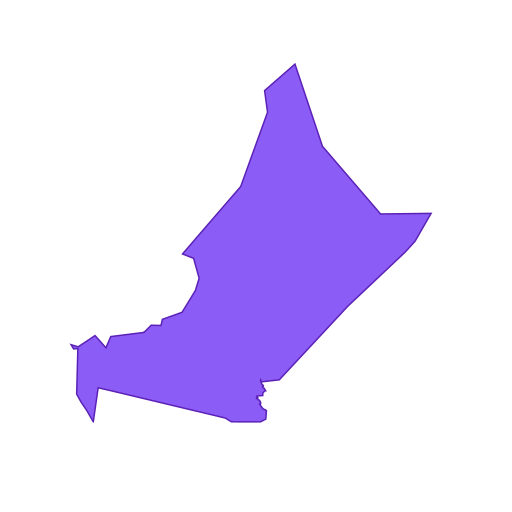 Jones, North Carolina, United States of America (orthographic projection), rotated 102°
{"feature_id": "52423323B45605902717918", "entity_name": "Jones", "entity_type": "district", "adm_level": 2, "iso_a3": "USA", "parent_name": "United States of America", "parent_adm1": "North Carolina", "projection": "orthographic", "projection_center": [-77.17, 35.012], "detail": "fine", "context": "isolated", "style": "filled", "palette": "violet", "viewbox_px": 512, "rotation_deg": 102, "n_neighbors": 0, "source": "geoboundaries", "source_scale": "gbopen_adm2", "svg_char_len": 2193}
<svg xmlns="http://www.w3.org/2000/svg" viewBox="0 0 512 512"><g transform="rotate(102 256 256)"><path d="M60.2,257.8L91.5,281.3L92.4,282.0L113.0,274.6L191.2,285.4L234.3,309.1L247.2,316.2L249.4,317.4L269.3,328.3L271.3,316.5L289.6,307.0L302.3,308.1L326.4,316.6L337.4,334.4L343.7,334.5L345.5,344.1L354.0,349.7L354.0,349.9L353.9,350.0L354.2,350.3L354.3,350.4L365.0,381.3L377.0,383.7L367.3,396.9L381.8,411.1L381.2,418.4L384.8,415.1L383.7,411.0L428.4,402.7L435.3,396.7L442.2,389.5L451.7,381.0L451.8,380.7L417.7,383.0L418.0,367.5L418.2,358.8L420.9,252.4L423.3,245.6L417.3,217.1L413.5,212.5L405.2,213.6L405.0,213.8L405.0,214.0L404.9,214.2L404.9,214.3L404.9,214.5L404.8,214.8L404.7,214.8L404.6,215.0L404.5,215.3L404.4,215.3L404.4,215.5L404.3,215.8L404.3,216.0L404.3,216.3L404.3,216.5L404.2,216.9L404.2,217.0L404.1,217.3L403.9,217.4L403.8,217.5L403.7,217.7L403.6,217.8L403.3,218.1L403.1,218.4L403.1,218.5L402.9,218.6L402.8,218.8L402.7,218.9L402.6,219.0L402.4,219.3L402.2,219.5L402.0,219.8L401.9,219.9L401.7,220.1L401.3,220.3L401.1,220.4L401.1,220.5L400.9,220.7L400.8,220.9L400.7,221.0L400.6,221.3L400.5,221.5L400.4,221.5L400.2,221.5L399.9,221.6L399.9,221.4L399.7,221.3L399.6,221.2L399.4,221.1L399.5,221.0L399.6,220.9L399.3,220.8L399.2,220.9L398.9,220.9L398.7,220.9L398.6,221.0L398.4,221.0L398.2,221.1L398.0,221.3L397.9,221.3L397.7,221.4L397.7,221.5L397.4,221.7L397.3,221.8L397.2,221.9L397.0,222.0L396.9,222.1L396.7,222.3L396.5,222.5L396.4,222.7L396.4,222.8L396.3,223.0L396.2,223.2L396.2,223.3L396.3,223.4L396.2,223.5L396.2,223.8L396.1,224.0L396.0,224.3L395.9,224.4L395.9,224.5L395.7,224.6L395.6,224.8L395.4,224.9L395.2,224.9L394.9,224.9L394.7,224.8L394.5,224.7L394.4,224.6L394.2,224.7L394.1,224.8L394.1,225.0L394.0,225.3L394.2,225.5L394.3,225.5L394.5,225.7L394.7,225.8L394.8,225.9L394.8,226.0L392.7,226.0L391.1,220.4L388.8,220.8L387.8,220.4L386.1,219.2L385.8,218.5L384.3,220.1L383.7,220.3L383.4,221.8L382.4,222.4L381.8,221.8L381.1,221.9L380.2,223.6L377.0,225.7L376.4,225.7L378.0,224.6L372.3,207.5L360.1,200.2L287.1,156.4L285.5,155.4L221.0,110.8L208.5,103.5L179.1,94.0L177.9,93.6L189.0,142.9L147.5,197.3L141.9,204.6L134.9,213.8L60.2,257.8Z" fill="#8b5cf6" stroke="#5b21b6" stroke-width="1.5"/></g></svg>